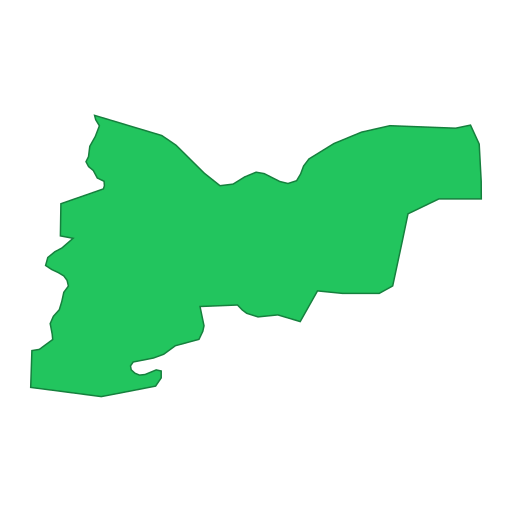 SVG path tracing the border of Apes
{"feature_id": "LVA-5782", "entity_name": "Apes", "entity_type": "Municipality", "adm_level": 1, "iso_a3": "LVA", "parent_name": "Latvia", "parent_adm1": "", "projection": "robinson", "projection_center": [26.461, 57.451], "detail": "fine", "context": "isolated", "style": "filled", "palette": "green", "viewbox_px": 512, "rotation_deg": 0, "n_neighbors": 0, "source": "natural_earth", "source_scale": "10m", "svg_char_len": 1180}
<svg xmlns="http://www.w3.org/2000/svg" viewBox="0 0 512 512"><path d="M161.7,135.5L161.9,135.6L176.0,145.2L204.4,173.3L220.0,185.7L233.1,184.1L244.7,176.9L256.1,172.2L264.2,173.6L279.8,181.5L288.0,183.5L296.6,180.7L300.6,174.0L303.6,166.0L309.0,158.9L334.0,143.5L361.6,132.1L389.9,125.7L455.6,128.2L470.5,125.1L479.2,144.1L481.2,181.5L481.3,198.9L438.9,198.9L408.0,213.8L402.3,241.1L392.7,285.9L379.2,293.4L342.6,293.4L317.5,290.9L300.2,321.6L277.8,314.9L258.0,316.9L246.7,313.3L242.3,310.0L237.5,305.0L200.0,306.5L204.0,325.8L202.8,331.3L199.0,339.3L175.4,345.7L163.8,354.2L153.5,358.0L133.2,362.0L130.5,365.9L131.2,369.8L134.9,373.2L139.5,375.1L145.1,374.5L156.2,369.9L161.2,371.0L161.2,377.9L155.6,386.1L101.3,396.6L30.7,387.4L31.9,350.6L39.3,349.4L52.7,339.5L52.2,334.1L50.2,323.6L53.4,316.3L59.3,309.7L61.8,301.5L63.8,292.3L68.4,286.1L67.1,280.4L63.8,275.9L58.3,272.6L51.7,269.5L45.6,265.5L47.8,257.5L54.9,251.7L61.9,248.0L73.1,238.3L60.4,235.9L60.9,203.7L103.4,188.9L104.4,185.9L104.1,181.3L97.3,178.0L93.3,170.5L88.6,166.6L86.0,161.7L88.5,156.7L89.8,146.3L95.3,136.5L99.4,125.8L95.7,119.7L94.6,115.4L161.7,135.5Z" fill="#22c55e" stroke="#15803d" stroke-width="1.5"/></svg>